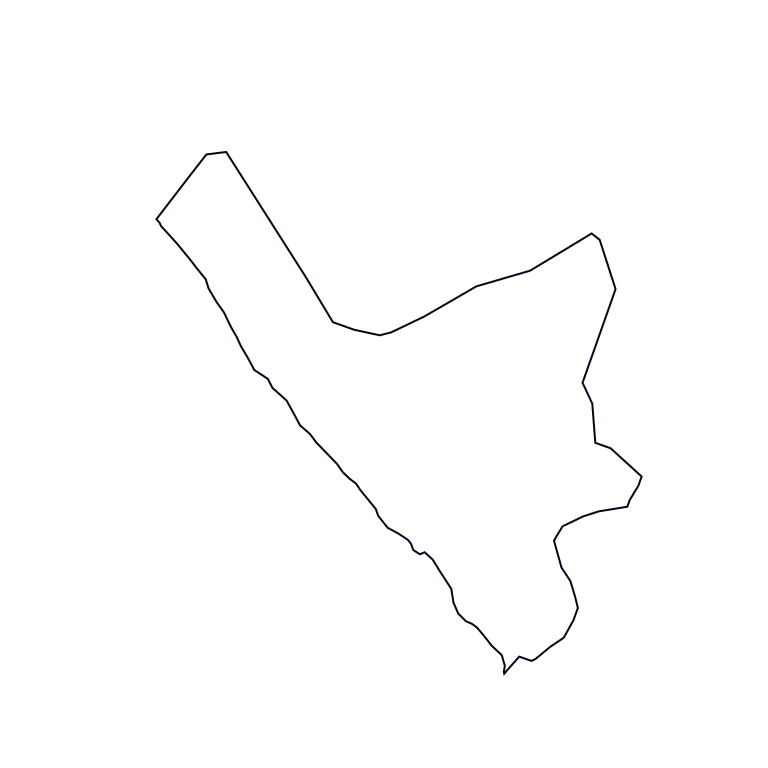 the district of Qina, Qina, Egypt, rotated 23°
{"feature_id": "37247803B63367317087021", "entity_name": "Qina", "entity_type": "district", "adm_level": 2, "iso_a3": "EGY", "parent_name": "Egypt", "parent_adm1": "Qina", "projection": "orthographic", "projection_center": [32.712, 26.165], "detail": "fine", "context": "isolated", "style": "outline", "palette": "ink", "viewbox_px": 768, "rotation_deg": 23, "n_neighbors": 0, "source": "geoboundaries", "source_scale": "gbopen_adm2", "svg_char_len": 1449}
<svg xmlns="http://www.w3.org/2000/svg" viewBox="0 0 768 768"><g transform="rotate(23 384 384)"><path d="M655.9,401.9L655.5,394.8L657.9,378.3L657.3,368.5L617.7,354.6L601.5,355.6L583.4,320.7L570.1,308.7L566.3,305.4L560.1,206.2L526.2,167.0L516.3,164.3L514.1,167.4L474.2,222.6L430.9,258.0L394.8,306.0L376.5,326.8L370.4,333.7L368.6,335.1L368.1,335.5L367.5,335.9L361.1,340.8L335.5,345.7L312.9,347.1L270.2,316.1L148.1,232.1L141.8,235.7L134.8,239.8L130.8,242.1L124.7,265.1L124.0,267.6L123.5,269.6L110.1,321.2L114.4,323.3L117.2,325.8L133.2,333.1L140.1,336.4L157.2,345.4L166.6,350.7L178.9,357.2L185.2,364.6L197.9,374.0L208.5,380.5L221.2,391.6L229.8,398.1L237.5,405.1L248.1,412.9L259.2,421.8L275.1,424.7L282.9,431.2L300.8,437.3L314.3,447.9L322.9,454.9L335.5,459.0L344.5,464.3L360.0,470.8L372.3,476.1L380.7,481.4L389.6,484.7L397.4,486.7L398.0,487.1L398.5,487.5L403.5,490.8L425.2,502.2L430.1,507.5L434.0,509.7L443.5,514.9L455.8,516.1L466.8,518.1L471.3,520.5L475.8,525.4L483.5,526.7L487.2,523.0L497.4,526.6L508.4,534.4L526.0,546.3L533.4,558.1L542.0,566.3L552.2,570.4L558.7,570.4L564.6,571.8L573.6,576.3L585.4,582.8L598.5,587.7L605.4,596.3L606.7,602.0L607.9,603.7L608.0,603.3L609.4,598.8L612.7,589.0L615.0,582.1L627.9,581.3L630.9,577.9L639.7,561.0L648.6,547.3L650.7,527.5L650.0,514.5L643.0,505.1L632.6,492.6L619.1,483.6L601.7,461.8L602.3,456.8L604.0,445.2L619.2,427.9L631.5,417.3L645.8,408.3L655.9,401.9Z" fill="none" stroke="#020617" stroke-width="2"/></g></svg>